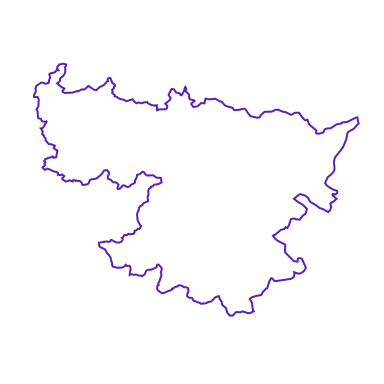 outline of Bac Quang, Hà Giang, Vietnam, rotated 93°
{"feature_id": "81297802B46816941364430", "entity_name": "Bac Quang", "entity_type": "district", "adm_level": 2, "iso_a3": "VNM", "parent_name": "Vietnam", "parent_adm1": "Hà Giang", "projection": "robinson", "projection_center": [104.909, 22.394], "detail": "fine", "context": "isolated", "style": "outline", "palette": "violet", "viewbox_px": 384, "rotation_deg": 93, "n_neighbors": 0, "source": "geoboundaries", "source_scale": "gbopen_adm2", "svg_char_len": 5985}
<svg xmlns="http://www.w3.org/2000/svg" viewBox="0 0 384 384"><g transform="rotate(93 192 192)"><path d="M307.8,124.0L306.8,124.9L298.7,126.6L296.0,128.7L294.3,127.2L292.8,123.7L291.2,117.5L288.7,116.3L284.6,113.0L284.1,111.9L277.4,110.1L274.1,108.7L274.1,107.4L276.5,105.1L276.6,103.7L273.6,88.8L272.0,86.2L271.0,85.7L269.1,85.4L266.8,85.8L268.0,81.7L267.6,79.3L265.5,76.4L262.7,74.6L261.5,74.4L253.2,78.6L252.4,80.1L252.5,82.0L253.3,82.9L256.0,82.9L255.7,86.8L247.5,95.7L245.8,96.1L239.7,96.1L236.1,104.1L234.2,106.7L231.4,108.9L230.2,106.6L225.1,101.2L224.1,98.0L222.2,96.7L223.0,94.9L219.8,93.3L214.3,91.9L213.6,91.2L213.2,88.2L213.8,86.8L214.0,83.0L210.2,80.5L208.1,77.9L206.5,77.1L202.8,76.3L198.7,81.1L196.9,84.8L193.5,89.8L188.9,84.9L188.5,83.6L189.6,78.8L192.1,75.3L193.1,75.2L195.8,73.3L198.9,67.2L201.3,63.8L202.1,60.7L204.9,54.9L202.8,53.1L199.9,52.2L196.1,53.2L193.9,49.9L191.3,47.3L187.9,51.4L187.1,51.6L186.6,51.2L186.8,48.8L186.5,48.0L185.3,46.9L184.0,46.9L183.3,47.2L181.9,51.9L178.7,57.5L176.1,59.6L170.2,57.3L166.5,53.3L164.2,51.6L162.8,51.0L160.2,51.0L154.6,51.9L150.2,51.1L139.3,43.5L131.0,40.6L124.9,39.8L123.8,39.1L120.5,33.9L114.9,29.2L108.8,30.8L109.3,32.5L114.0,40.8L114.6,45.6L115.7,46.3L116.9,51.2L121.1,56.8L121.4,59.9L122.0,61.8L123.0,63.0L125.6,63.9L127.1,68.0L127.1,70.7L126.0,71.2L123.9,71.1L119.1,77.7L118.1,78.6L113.8,80.5L114.3,81.7L114.2,83.1L111.9,85.6L107.4,89.1L107.2,90.5L107.7,93.7L109.5,96.3L109.5,97.8L107.4,102.4L107.0,105.7L105.3,110.4L105.5,112.7L107.6,116.7L108.1,123.7L112.0,127.5L113.5,128.1L114.2,129.2L114.4,130.8L113.2,137.5L110.9,139.8L107.0,142.6L106.1,143.9L106.4,146.1L107.3,148.6L108.1,153.5L107.9,154.3L105.7,156.2L104.4,162.4L103.6,163.9L100.4,167.1L99.9,169.2L97.6,173.7L98.6,179.4L98.0,182.9L98.7,183.6L102.8,184.2L102.7,187.5L106.0,190.8L107.1,195.0L104.4,197.3L103.7,197.4L101.0,194.2L100.4,194.8L99.5,198.8L98.9,199.5L94.5,200.4L91.7,203.6L88.9,203.2L87.4,204.2L88.9,204.9L91.2,205.0L96.0,207.5L95.7,208.6L94.1,209.3L93.5,213.1L90.4,215.4L90.1,217.7L96.1,220.5L99.2,218.4L100.8,218.5L105.3,223.3L106.6,221.8L107.8,221.1L110.0,221.6L110.7,222.4L111.3,229.5L112.3,231.0L111.0,231.6L109.3,231.2L107.9,232.0L107.3,231.8L107.7,234.5L107.0,237.8L105.6,240.6L104.5,241.5L105.1,244.7L106.0,246.8L105.4,250.2L106.4,252.1L104.8,254.3L102.5,256.1L104.7,262.1L103.4,265.3L102.7,269.3L100.8,272.3L100.6,274.2L99.1,274.3L97.3,277.0L95.8,276.4L94.4,277.1L93.9,277.1L92.7,275.6L91.1,275.4L90.2,274.5L89.3,274.4L87.3,277.2L82.3,279.6L83.0,281.8L84.0,282.1L85.7,281.6L86.3,282.8L89.8,285.6L92.1,289.8L95.5,293.0L94.8,295.5L91.5,301.0L95.3,304.6L95.3,307.5L97.3,310.7L97.4,312.5L99.0,316.5L99.7,323.9L99.4,325.3L98.8,326.4L98.0,326.6L95.4,324.9L94.8,325.7L94.5,327.1L90.6,332.4L88.2,329.7L85.8,329.7L84.9,329.2L83.2,327.0L80.8,325.4L76.8,324.7L74.3,325.4L73.0,324.6L71.2,324.4L70.6,327.3L71.7,331.4L74.6,333.1L75.9,333.1L77.4,331.9L77.5,333.7L79.7,335.2L80.9,339.6L81.9,340.7L85.0,339.6L87.9,340.6L90.2,340.6L91.6,343.6L90.7,346.7L90.7,348.5L94.3,353.0L96.5,353.7L100.1,353.2L102.2,354.4L104.0,354.8L105.4,354.7L105.3,351.0L107.7,349.9L114.4,349.9L117.7,351.6L119.7,350.4L125.9,349.7L126.4,349.0L126.9,346.7L128.7,345.8L129.5,344.6L129.5,341.6L128.5,340.5L135.0,343.7L136.0,344.8L136.4,346.4L139.3,344.2L142.1,344.7L143.3,342.9L144.6,342.6L146.3,341.0L148.0,340.9L151.5,337.7L151.9,334.2L153.0,331.3L155.2,332.5L156.9,330.3L157.5,328.6L164.3,329.5L164.9,330.6L165.0,332.3L163.8,332.8L163.8,333.3L165.2,335.8L165.4,337.5L166.3,338.7L166.6,340.2L167.4,340.3L168.7,341.3L169.9,340.0L171.1,341.0L172.8,340.2L175.5,342.5L177.6,340.0L176.2,337.4L178.8,330.7L179.1,328.5L180.0,326.8L181.9,326.6L182.0,323.9L181.4,323.1L181.5,322.3L182.8,320.4L185.3,322.3L186.0,322.2L188.1,318.8L187.5,316.3L186.7,315.1L187.7,311.6L186.3,311.1L186.5,309.7L187.1,308.7L186.5,307.9L187.0,306.6L186.8,304.8L188.3,302.6L189.9,302.3L190.7,301.1L189.7,296.7L188.5,295.6L185.6,294.7L184.8,293.8L183.7,288.5L182.0,286.3L178.5,282.9L175.1,280.9L174.6,277.9L177.1,275.9L178.5,275.9L181.0,276.9L183.1,276.7L184.2,273.6L186.4,271.3L186.3,269.0L187.2,267.0L188.7,265.7L191.7,266.7L192.7,266.4L193.0,265.6L192.2,264.0L189.1,261.5L188.9,260.2L190.6,256.4L189.6,254.5L187.9,253.2L186.3,250.1L185.2,249.4L183.4,249.6L180.5,248.0L177.9,247.8L176.7,244.8L174.4,242.4L174.6,241.1L177.1,239.2L177.9,237.5L177.3,231.9L179.6,228.0L179.5,223.9L184.1,222.9L186.0,226.3L186.7,230.2L188.4,231.6L188.8,233.2L189.9,233.4L190.9,234.9L192.8,235.8L197.0,235.3L199.3,236.2L203.3,235.3L205.7,239.7L207.8,241.1L209.0,243.0L210.7,244.2L213.0,244.2L214.9,245.2L217.2,245.7L223.2,244.8L227.8,242.1L228.7,241.0L231.3,242.3L231.7,243.1L231.6,244.2L233.0,245.4L233.7,247.3L235.6,247.3L237.0,248.5L237.1,250.6L237.6,251.5L237.1,253.3L238.4,254.8L238.6,257.4L240.8,258.4L241.3,259.4L242.1,258.8L243.7,258.8L245.3,259.9L246.3,262.2L246.3,265.3L244.0,270.0L244.2,270.6L245.2,270.9L246.1,271.9L245.9,275.0L247.5,282.2L250.7,281.9L251.7,280.9L254.0,275.7L257.5,273.7L259.3,271.6L261.9,269.8L264.1,269.4L267.4,268.0L269.2,268.0L270.6,267.1L271.5,263.2L271.2,258.2L270.2,255.9L268.1,254.4L269.3,253.1L268.9,250.9L269.3,250.2L271.7,249.3L278.0,249.9L277.3,248.5L277.7,245.8L277.4,243.2L278.3,241.1L278.1,238.5L278.6,237.4L276.9,235.1L272.9,233.5L271.9,231.6L272.0,230.1L271.3,227.6L269.0,223.6L266.4,223.0L266.3,221.4L269.8,218.2L270.8,218.1L274.1,219.0L276.4,218.1L282.1,219.6L285.3,221.0L286.6,220.4L288.0,221.8L290.6,221.7L292.3,220.6L294.6,216.7L294.2,214.4L292.3,211.0L291.5,208.6L290.4,206.8L289.5,206.8L289.2,205.5L287.9,204.3L287.3,202.1L285.9,200.4L285.8,199.6L286.3,196.7L287.6,195.2L287.4,193.1L287.9,191.4L288.5,190.8L291.8,190.3L294.3,191.5L296.3,191.4L297.7,189.3L297.8,186.4L300.4,184.9L302.3,178.6L303.1,177.4L302.5,172.6L301.2,170.4L300.2,166.9L296.0,163.3L294.5,159.8L297.5,158.6L300.3,156.5L303.1,155.9L306.3,151.9L310.8,150.3L313.4,147.8L313.2,144.6L310.4,142.5L309.5,141.3L309.6,137.4L308.6,135.0L309.9,130.4L310.1,128.1L307.8,124.0Z" fill="none" stroke="#5b21b6" stroke-width="2"/></g></svg>